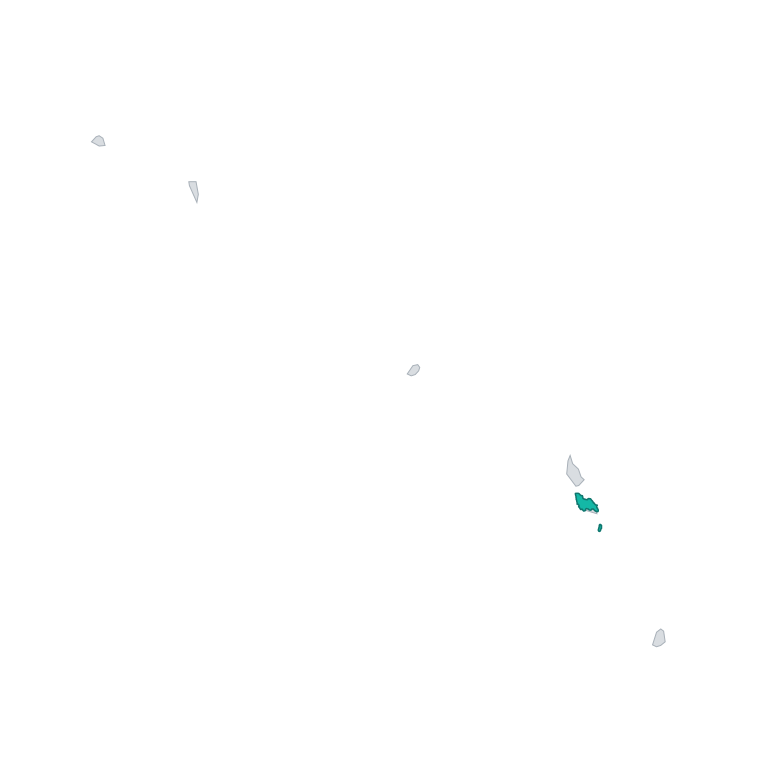 location of Tinian, Tinian, Northern Mariana Islands, rotated 306°
{"feature_id": "39175420B24162802066299", "entity_name": "Tinian", "entity_type": "district", "adm_level": 2, "iso_a3": "MNP", "parent_name": "Northern Mariana Islands", "parent_adm1": "Tinian", "projection": "albers", "projection_center": [145.616, 14.971], "detail": "fine", "context": "in_parent", "style": "filled", "palette": "teal", "viewbox_px": 768, "rotation_deg": 306, "n_neighbors": 0, "source": "geoboundaries", "source_scale": "gbopen_adm2", "svg_char_len": 4009}
<svg xmlns="http://www.w3.org/2000/svg" viewBox="0 0 768 768"><g transform="rotate(306 384 384)"><path d="M424.7,598.0L424.2,602.2L416.3,601.2L414.1,599.3L418.6,584.7L430.0,578.0L435.6,576.6L430.4,583.5L429.4,591.3L424.7,598.0ZM410.7,624.3L404.2,632.5L399.7,619.7L398.9,614.5L404.8,609.8L408.4,609.9L410.7,624.3ZM348.4,755.5L340.7,763.0L335.1,761.5L331.6,758.9L330.8,754.6L343.4,750.4L348.5,751.9L348.4,755.5ZM428.3,122.3L420.9,125.9L430.1,110.0L432.9,107.2L437.2,113.0L428.3,122.3ZM417.6,12.1L413.0,18.1L409.1,13.7L408.0,5.0L414.8,5.8L417.4,7.6L417.6,12.1ZM418.4,403.2L415.0,404.3L410.0,403.7L406.6,401.2L405.8,396.9L415.8,396.6L419.5,399.9L418.4,403.2Z" fill="#d9dde1" stroke="#a8b0b8" stroke-width="1"/><path d="M398.1,616.7L398.2,616.9L398.2,617.1L398.4,617.2L398.4,617.3L398.6,617.4L398.8,617.4L399.0,617.5L399.2,617.9L399.2,618.0L398.9,618.6L398.8,619.1L398.8,619.3L398.6,619.9L398.6,620.2L398.7,620.4L398.9,620.5L399.1,620.6L399.3,620.9L399.5,621.0L399.8,621.2L400.0,621.1L400.4,621.2L400.5,621.1L400.8,620.9L401.0,620.8L401.4,620.8L401.8,620.8L402.2,621.0L402.3,621.1L402.4,621.4L402.4,621.5L402.5,621.9L402.5,622.1L402.7,622.3L402.8,622.4L402.9,622.5L402.9,622.8L402.9,623.0L402.8,623.4L402.8,623.5L402.7,623.7L402.7,623.8L402.8,623.9L402.9,624.5L403.0,624.7L403.1,624.9L403.5,625.5L404.4,625.7L405.1,625.7L405.3,626.1L405.6,626.4L405.7,626.6L405.7,626.8L405.8,626.9L405.9,627.0L405.9,627.3L405.7,628.0L405.5,628.3L405.4,629.1L405.5,629.2L405.6,629.4L405.5,629.5L405.5,629.9L405.5,630.2L405.8,630.8L405.7,630.9L405.8,631.3L406.0,631.6L406.3,631.9L406.5,632.0L407.1,632.0L407.3,631.9L408.0,631.4L408.3,630.9L408.5,630.5L408.8,630.0L409.1,629.7L409.1,629.3L409.0,629.2L409.1,628.9L409.3,628.6L409.5,628.5L409.6,628.3L409.7,628.2L409.8,628.2L410.2,627.9L410.3,627.8L410.5,627.8L411.1,627.9L411.3,627.7L411.1,627.1L410.8,626.8L410.7,626.5L410.5,626.2L410.7,625.8L410.7,625.5L410.7,625.2L410.8,624.9L410.9,624.7L411.0,624.5L411.2,624.1L411.2,623.9L411.1,623.7L411.0,623.4L410.9,623.3L411.0,623.1L411.2,622.9L411.3,622.9L411.4,622.6L411.5,622.3L411.6,622.0L411.7,621.8L411.8,621.5L411.9,621.3L411.9,620.7L412.0,620.3L412.0,620.2L412.1,619.9L412.2,619.6L412.3,619.5L412.4,618.9L412.5,618.8L412.5,618.5L412.3,618.2L412.1,618.0L412.1,617.7L411.6,616.9L411.3,616.6L411.0,616.5L410.7,616.5L410.2,616.6L409.9,616.5L409.7,616.2L409.4,615.7L409.3,615.2L409.1,615.1L408.9,614.6L408.8,614.4L408.8,614.2L408.6,614.0L408.4,613.1L408.4,612.9L408.4,612.2L408.5,612.0L408.6,611.9L409.0,611.5L409.2,611.4L409.7,610.9L410.0,610.4L410.2,610.2L410.1,609.9L410.0,609.6L409.8,609.5L409.7,609.3L409.6,608.6L409.6,608.1L409.6,607.9L409.7,607.5L409.8,607.0L409.9,606.3L409.9,605.9L409.7,605.4L409.5,605.0L409.2,604.7L408.8,604.1L408.4,603.6L408.0,603.2L407.7,603.3L407.5,603.5L407.3,603.7L406.8,604.3L406.5,604.6L406.1,605.1L406.0,605.4L405.6,605.7L405.4,605.8L405.1,606.0L404.9,606.2L404.8,606.3L404.5,606.7L404.1,607.1L403.8,607.2L403.5,607.5L403.5,607.8L403.1,608.2L403.0,608.3L402.6,608.7L401.9,609.5L401.4,610.1L401.1,610.3L400.9,610.5L400.7,610.6L400.5,610.8L400.4,610.8L400.4,611.0L400.6,611.2L400.8,611.2L400.8,611.3L400.8,611.6L400.6,611.9L400.5,612.2L400.6,612.4L400.5,612.9L400.2,613.2L400.2,613.3L399.9,613.4L399.7,613.5L399.3,613.5L399.2,613.6L399.1,613.8L399.0,614.2L399.1,614.4L398.9,614.6L398.7,615.3L398.5,615.7L398.5,615.8L398.4,616.0L398.2,616.4L398.2,616.5L398.1,616.7ZM391.2,644.5L391.5,645.1L392.1,645.3L392.4,645.3L392.5,645.3L392.8,645.2L393.1,645.1L393.4,645.0L393.6,644.9L393.8,644.9L394.0,644.8L394.1,644.7L394.3,644.7L394.6,644.7L395.0,644.8L395.1,644.7L395.5,644.5L396.6,643.7L396.9,643.5L397.0,643.4L397.0,643.2L397.3,643.2L397.5,642.7L397.5,642.4L397.6,642.2L397.5,641.5L397.4,641.3L396.9,641.1L396.7,641.1L396.5,641.3L396.2,641.4L395.9,641.4L395.7,641.5L395.6,641.8L395.3,641.9L395.0,642.0L394.2,642.2L394.0,642.4L393.6,642.5L393.2,642.7L392.7,642.8L392.4,642.9L392.2,643.0L391.9,643.2L391.7,643.3L391.4,643.7L391.2,644.2L391.2,644.5Z" fill="#14b8a6" stroke="#0f766e" stroke-width="1.5"/></g></svg>